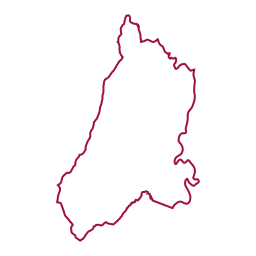 the district of Toro, Valle del Cauca, Colombia
{"feature_id": "7082276B37830397780712", "entity_name": "Toro", "entity_type": "district", "adm_level": 2, "iso_a3": "COL", "parent_name": "Colombia", "parent_adm1": "Valle del Cauca", "projection": "equal_earth", "projection_center": [-76.078, 4.647], "detail": "fine", "context": "isolated", "style": "outline", "palette": "rose", "viewbox_px": 256, "rotation_deg": 0, "n_neighbors": 0, "source": "geoboundaries", "source_scale": "gbopen_adm2", "svg_char_len": 5817}
<svg xmlns="http://www.w3.org/2000/svg" viewBox="0 0 256 256"><path d="M126.4,15.7L125.3,17.9L125.3,18.5L124.7,20.4L124.3,23.1L124.1,23.8L123.9,24.1L122.7,25.0L121.6,26.7L120.8,28.2L120.7,29.0L121.0,32.2L121.4,33.9L120.7,34.9L119.5,36.1L118.6,37.6L118.4,38.9L118.3,41.1L118.2,41.4L117.6,42.0L117.8,42.2L118.5,42.5L118.6,42.8L118.8,43.7L119.7,46.7L119.4,49.8L119.9,51.1L119.8,52.7L120.5,53.8L120.8,54.7L122.1,56.4L122.6,56.8L122.7,57.2L122.0,58.6L121.0,59.9L120.9,60.1L119.6,60.9L119.2,61.9L118.6,62.3L117.9,63.6L116.9,65.0L116.0,67.0L115.1,68.1L114.0,70.3L112.4,71.8L110.4,74.6L109.3,76.4L107.3,78.3L106.2,78.8L105.1,79.5L104.7,80.2L104.1,81.9L103.4,86.3L103.5,88.7L103.4,90.8L103.4,92.3L103.4,92.7L102.4,95.8L102.5,97.7L102.4,99.1L102.1,100.3L102.0,101.5L101.7,102.3L101.1,105.0L100.5,106.1L100.1,107.4L99.8,109.3L99.6,111.2L99.4,112.1L98.9,113.7L96.9,118.5L95.7,120.0L95.1,120.9L94.2,121.9L93.9,122.4L93.8,123.0L93.9,123.9L93.7,124.8L93.2,126.2L92.6,128.7L92.2,129.3L91.1,130.6L90.4,132.4L90.2,133.6L90.3,136.0L90.0,137.5L88.7,139.8L87.8,141.1L86.5,144.3L86.0,145.7L85.7,147.1L85.6,149.5L83.9,152.4L83.1,153.4L81.4,154.6L81.0,154.7L80.0,154.7L79.4,155.0L79.2,155.9L78.8,156.8L77.3,158.4L76.0,160.3L75.4,162.4L75.4,164.2L75.0,165.1L74.8,165.6L73.7,166.3L73.4,166.8L70.7,171.8L69.8,172.6L69.0,172.9L67.2,172.8L66.7,172.9L65.9,173.5L63.7,175.6L62.8,176.7L62.3,177.5L61.1,182.3L60.5,183.2L59.8,183.8L57.9,185.1L58.5,185.7L59.8,187.7L60.0,188.5L60.0,189.7L59.7,191.2L58.4,194.8L57.9,197.0L57.7,199.2L57.2,201.4L57.2,202.3L58.5,202.4L60.3,203.0L60.8,203.3L61.0,203.6L63.9,211.7L64.9,215.2L65.2,215.7L68.5,219.4L70.3,221.9L71.6,223.1L72.7,224.6L72.6,225.1L71.7,226.3L71.0,228.0L71.3,229.7L71.4,231.4L71.6,232.3L71.8,232.7L72.9,233.7L75.1,235.3L75.5,236.1L75.7,237.4L76.0,237.8L78.9,239.7L80.0,240.6L80.5,240.6L81.6,239.4L83.2,238.8L84.1,237.2L84.7,236.7L85.4,235.3L87.0,233.1L88.0,231.9L89.4,230.9L90.0,230.8L91.6,230.0L92.7,229.0L93.0,228.6L93.4,227.6L93.7,226.6L93.8,226.4L94.9,226.3L95.9,225.1L97.0,224.8L98.5,224.8L99.3,224.9L101.4,225.6L102.3,225.1L104.4,223.2L105.8,222.2L106.8,222.6L107.4,223.2L108.9,223.7L112.4,224.3L113.7,224.3L113.8,224.1L114.5,223.3L115.7,222.5L116.2,221.8L117.6,220.8L118.6,219.5L119.6,218.8L120.0,218.2L120.6,217.2L121.5,216.5L121.9,215.5L122.8,214.3L123.2,213.2L125.5,211.1L126.0,210.1L126.4,209.8L126.8,208.1L127.4,208.1L127.6,207.9L128.9,205.8L129.6,205.7L130.3,205.1L130.7,204.3L131.0,204.2L131.3,203.2L131.5,202.9L132.2,202.5L132.7,202.9L133.0,202.3L134.2,202.3L134.8,202.2L135.0,201.0L135.6,200.5L135.8,199.8L136.2,199.8L137.1,200.4L137.5,200.5L137.9,200.3L138.6,199.4L139.2,199.3L139.7,198.1L140.5,197.4L140.7,196.8L141.6,195.5L141.6,195.0L141.5,194.1L141.7,193.4L141.8,193.0L142.2,192.3L142.8,192.0L144.8,192.0L145.7,191.3L146.4,191.4L147.9,192.1L147.5,193.4L147.9,193.3L148.2,193.6L149.7,193.8L149.6,194.3L149.9,195.7L150.7,196.1L151.0,196.2L151.1,197.1L150.5,197.0L150.4,197.2L150.2,198.0L150.3,198.3L150.5,198.6L151.1,198.6L151.6,198.1L152.3,198.9L152.1,199.1L152.2,199.4L152.6,200.5L172.5,208.1L173.5,206.1L174.1,205.3L176.2,203.4L177.9,202.2L179.4,201.7L181.1,201.7L183.0,202.5L184.7,203.4L186.4,203.8L187.1,203.7L188.6,202.8L189.2,202.1L189.6,201.4L190.0,200.5L190.3,198.4L190.4,197.4L190.2,195.5L188.6,191.3L187.9,190.0L185.6,185.9L185.2,184.9L185.0,183.6L185.1,182.4L185.3,181.2L185.6,180.4L186.6,179.1L186.9,178.9L187.4,179.0L188.9,182.3L190.9,184.3L192.8,185.6L193.7,185.7L194.4,185.5L194.9,185.1L196.0,184.0L197.6,183.1L198.4,182.3L198.7,181.8L198.8,181.5L198.7,180.8L198.3,179.9L198.0,179.6L197.3,179.3L196.9,179.2L196.3,179.4L194.9,179.4L193.9,178.8L193.3,178.1L193.2,177.8L194.6,173.4L194.9,172.2L194.9,170.0L194.7,169.2L194.4,167.9L193.1,165.6L191.4,163.7L189.7,161.5L188.9,160.5L188.5,160.2L187.8,160.2L187.3,160.6L186.0,162.0L185.5,162.4L184.4,162.8L184.0,162.8L183.7,162.6L183.0,162.0L182.3,160.9L181.2,159.9L180.7,159.6L179.6,159.7L179.0,160.1L177.9,161.4L176.4,163.7L175.8,164.1L175.4,164.0L174.8,163.0L174.6,162.7L174.6,161.7L174.7,160.5L175.0,159.4L175.9,157.7L176.5,157.1L177.8,156.2L180.6,154.5L181.0,154.0L181.7,153.0L182.5,151.1L182.7,150.2L182.7,149.2L182.6,147.9L182.4,146.9L181.0,144.2L179.2,142.0L178.6,140.8L178.6,139.7L178.9,137.5L179.2,136.6L179.7,135.5L180.3,134.6L181.0,133.9L182.2,133.2L182.6,133.1L183.0,133.3L184.2,133.3L185.4,133.1L185.8,132.7L186.0,132.1L186.1,131.5L185.7,129.1L185.8,128.1L186.0,127.0L186.6,125.0L187.4,121.4L187.7,118.8L187.7,114.8L188.1,112.7L188.5,111.9L189.1,111.0L191.4,108.1L192.3,106.6L193.9,102.1L194.6,99.3L194.8,97.4L194.8,95.5L194.3,92.5L194.1,89.6L194.2,87.7L194.9,81.3L194.9,80.3L193.6,75.8L193.5,74.3L193.5,73.5L194.2,69.7L193.2,69.9L190.7,70.7L190.3,70.4L188.8,69.0L187.8,67.4L186.7,66.2L185.7,64.7L184.8,64.0L184.2,63.9L181.7,64.3L181.0,64.8L180.8,65.1L180.0,65.3L179.5,65.6L178.9,66.4L178.4,67.3L177.8,67.9L176.2,68.8L175.6,68.8L175.2,68.1L174.6,66.6L174.0,65.5L174.0,65.0L174.1,64.6L174.6,63.7L175.5,63.0L175.6,62.0L176.2,60.9L176.0,60.0L176.1,59.2L175.7,58.1L175.2,57.8L174.2,58.3L173.4,58.6L172.4,58.4L171.3,57.7L171.1,57.8L170.8,58.3L170.6,58.5L170.2,58.5L169.3,58.0L168.8,57.1L168.6,55.9L169.3,55.1L169.6,54.5L169.3,53.7L169.5,53.2L169.0,53.2L168.1,53.9L167.5,53.7L167.0,53.0L165.3,52.2L164.3,50.5L163.4,47.9L162.5,46.2L161.2,45.6L160.5,45.0L159.9,44.4L159.3,43.4L158.7,42.2L158.0,39.7L157.8,39.3L156.9,39.8L156.2,40.6L155.6,41.0L154.4,41.7L153.7,41.9L152.8,42.0L152.3,41.8L147.6,39.6L147.0,39.7L145.1,40.7L143.8,41.2L142.1,41.7L141.4,41.9L140.9,41.8L141.1,39.7L140.7,39.1L140.6,38.5L140.4,34.6L139.5,31.7L138.6,29.3L138.8,28.0L138.8,26.5L138.6,25.6L138.1,25.0L137.9,26.2L137.5,25.3L137.1,24.6L136.2,24.0L134.5,23.8L132.8,23.3L131.2,22.5L130.6,22.0L130.0,21.3L129.9,19.8L130.1,19.1L130.1,17.8L129.4,16.0L129.1,15.5L128.7,15.4L126.6,15.7L126.4,15.7Z" fill="none" stroke="#9f1239" stroke-width="2"/></svg>